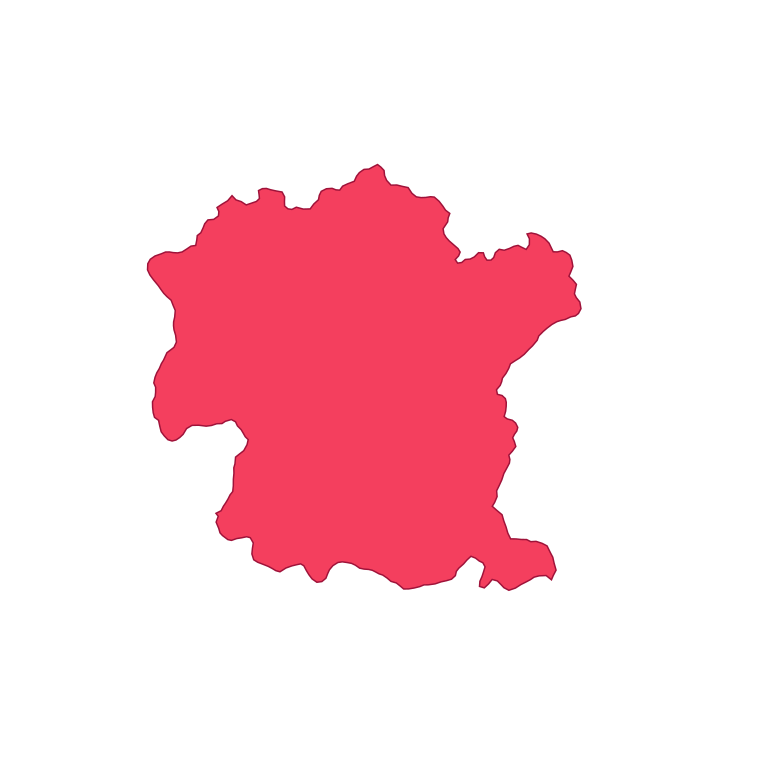 Cristália, Minas Gerais, Brazil (Albers equal-area conic projection), rotated 43°
{"feature_id": "56859067B10808930633928", "entity_name": "Cristália", "entity_type": "district", "adm_level": 2, "iso_a3": "BRA", "parent_name": "Brazil", "parent_adm1": "Minas Gerais", "projection": "albers", "projection_center": [-42.811, -16.709], "detail": "fine", "context": "isolated", "style": "filled", "palette": "rose", "viewbox_px": 768, "rotation_deg": 43, "n_neighbors": 0, "source": "geoboundaries", "source_scale": "gbopen_adm2", "svg_char_len": 4610}
<svg xmlns="http://www.w3.org/2000/svg" viewBox="0 0 768 768"><g transform="rotate(43 384 384)"><path d="M640.0,413.0L638.4,408.6L636.8,402.8L630.4,398.9L625.6,395.6L621.3,394.1L617.3,392.6L613.7,391.2L608.3,392.7L602.5,395.4L598.9,399.2L594.4,400.5L590.3,404.2L586.2,407.3L582.2,410.9L576.2,408.6L570.7,405.3L565.1,402.5L559.5,399.1L552.5,399.5L546.6,399.6L545.7,395.2L543.5,389.2L539.2,385.3L537.6,380.0L535.5,373.7L532.7,367.7L531.0,361.1L529.7,356.4L527.6,353.4L523.8,350.9L523.7,345.5L523.0,339.8L518.4,337.1L514.8,335.6L513.7,331.8L513.2,327.8L511.4,324.5L506.9,322.8L502.6,323.0L497.9,325.5L494.1,325.9L491.5,320.9L488.5,316.9L485.9,314.0L482.7,311.9L478.2,311.9L474.0,314.2L470.2,311.5L469.9,305.7L468.5,302.1L466.6,298.9L466.0,293.1L464.6,287.6L462.7,283.0L464.0,277.7L465.4,272.5L466.3,266.6L466.3,259.9L466.6,254.9L466.2,247.5L464.4,243.3L464.6,237.1L465.2,231.7L466.2,225.9L467.9,220.6L469.9,217.0L472.5,213.2L474.8,207.5L477.5,203.7L478.1,199.8L476.7,194.6L471.3,190.5L465.7,189.7L461.8,188.2L459.2,184.0L456.8,179.9L451.6,179.2L445.7,179.0L444.2,174.8L442.0,169.2L436.9,165.4L432.1,163.0L427.7,163.5L423.6,164.8L420.7,169.2L417.6,171.9L414.2,170.6L408.6,168.4L402.6,168.1L398.2,168.8L393.3,170.4L388.6,173.2L386.3,176.7L391.3,178.6L395.3,183.0L396.2,188.6L391.1,190.2L387.5,191.2L385.1,194.7L383.3,199.3L380.7,204.2L376.4,206.9L375.9,212.0L378.0,216.7L377.7,220.5L374.9,223.2L370.8,222.3L367.2,220.3L363.6,223.5L363.4,229.4L361.8,233.9L358.5,237.5L358.0,242.1L355.4,245.4L351.2,244.4L351.2,239.4L349.7,235.6L345.8,234.5L339.9,234.7L334.2,234.9L329.6,234.5L325.4,233.3L321.3,230.1L320.0,222.0L317.6,218.7L315.8,214.4L310.4,214.9L305.8,213.8L299.7,212.8L293.3,213.0L290.3,215.3L287.2,219.2L284.0,222.4L280.0,225.1L274.4,225.5L267.7,223.9L262.9,226.8L257.7,229.7L253.5,233.8L247.1,233.3L242.3,231.2L238.4,227.8L233.8,227.5L229.6,227.9L228.0,232.3L226.4,237.1L223.0,240.7L221.8,246.1L222.2,250.7L224.0,256.0L221.0,262.1L218.8,267.5L219.4,272.4L216.4,274.8L212.6,276.3L208.7,280.5L206.7,285.9L208.0,290.1L210.4,293.9L209.9,300.2L210.6,306.3L205.7,311.1L199.3,314.5L197.6,319.1L194.3,321.4L189.9,321.6L186.9,318.6L183.7,314.9L178.5,313.1L173.1,316.6L168.5,319.3L164.6,321.2L161.8,324.1L160.3,328.1L163.6,330.8L166.4,333.3L166.2,337.5L163.8,342.0L161.1,347.0L155.2,348.0L150.2,350.3L144.4,349.9L144.7,356.6L142.8,363.3L141.5,368.8L145.6,370.5L148.3,374.0L147.2,379.7L143.3,384.1L143.6,389.1L145.2,393.1L146.9,398.3L146.2,402.8L148.8,406.3L151.8,411.1L148.8,414.8L147.7,419.7L146.3,425.1L143.6,428.9L140.2,431.7L137.0,433.8L134.2,436.5L132.4,440.5L129.2,446.6L128.0,452.2L129.2,457.1L133.2,461.8L138.4,463.9L144.3,465.0L151.9,466.0L156.9,467.1L161.2,467.9L165.7,468.1L171.2,467.9L175.9,470.2L181.2,472.6L185.2,477.7L187.8,482.1L190.3,484.9L193.5,487.6L198.4,490.5L203.6,494.9L205.4,500.4L204.7,504.7L203.9,509.1L205.1,512.7L206.5,516.9L207.3,520.9L209.1,525.8L210.2,530.8L212.0,535.3L214.9,540.2L219.2,542.1L222.6,545.8L225.2,549.2L226.8,554.9L230.6,558.8L234.8,562.4L238.9,564.9L243.9,564.3L248.7,567.7L253.6,570.9L258.6,571.8L264.0,572.1L267.9,570.2L270.1,566.8L271.1,562.4L271.4,557.8L270.0,551.2L271.8,545.2L276.5,540.6L282.7,536.1L286.1,532.0L288.8,527.1L292.5,523.4L293.4,519.5L296.6,514.1L301.2,512.9L305.4,514.6L310.6,514.8L314.4,515.9L318.5,517.2L322.6,517.3L325.2,521.7L326.9,528.4L326.1,533.3L325.3,538.7L329.5,544.1L331.3,547.7L335.2,551.7L338.8,556.4L343.3,561.3L346.7,565.8L347.0,569.9L348.4,574.7L349.3,578.9L349.9,582.9L351.3,587.7L349.3,593.2L353.0,593.8L355.4,599.5L361.6,602.3L365.6,604.7L369.2,605.0L375.9,604.3L379.1,602.4L381.7,597.5L384.9,593.4L387.7,589.4L391.0,587.6L396.8,589.4L399.9,594.0L403.3,598.4L408.6,601.4L413.2,600.5L418.4,598.4L423.8,596.3L427.9,595.2L432.2,594.3L436.0,592.3L437.8,585.4L440.7,579.8L443.4,575.7L445.7,572.4L449.3,571.6L454.5,573.4L459.1,574.7L464.3,575.6L470.1,574.8L473.3,570.9L474.0,565.7L472.1,561.0L470.8,557.1L470.5,551.7L472.0,546.0L474.8,542.5L478.8,539.7L482.6,537.3L486.7,536.0L491.8,535.3L495.6,533.0L499.2,530.1L502.5,528.2L506.0,527.2L509.9,526.2L513.3,524.6L518.6,523.8L523.7,523.6L528.7,521.1L533.6,520.7L538.2,520.5L541.8,517.0L545.2,512.6L548.4,507.7L550.2,503.7L553.4,500.6L557.7,495.3L560.6,489.9L563.9,485.1L566.5,480.7L566.9,475.5L564.7,471.7L564.3,467.7L564.9,461.4L564.7,456.1L565.1,450.7L569.7,448.9L574.4,448.5L578.2,447.3L582.6,448.8L585.1,453.9L587.0,458.0L588.7,462.9L591.9,466.9L596.4,464.7L596.8,458.9L596.4,453.2L601.2,450.7L606.4,450.9L610.6,451.2L616.0,449.7L619.3,443.6L620.9,437.3L622.9,431.9L624.5,427.3L625.5,422.9L628.3,418.5L633.2,413.5L640.0,413.0Z" fill="#f43f5e" stroke="#9f1239" stroke-width="1.5"/></g></svg>